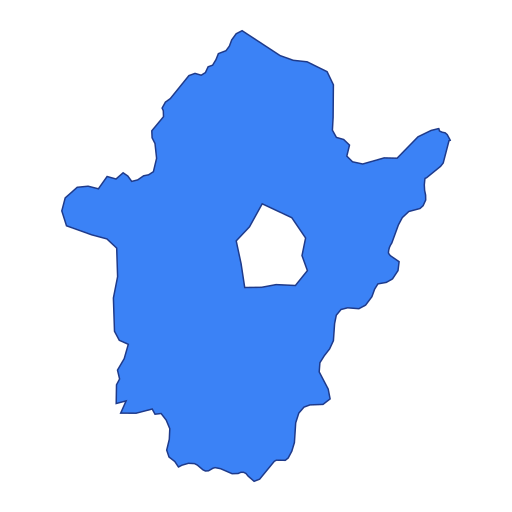 map outline of Békés (Mercator projection)
{"feature_id": "HUN-3171", "entity_name": "Békés", "entity_type": "County", "adm_level": 1, "iso_a3": "HUN", "parent_name": "Hungary", "parent_adm1": "", "projection": "mercator", "projection_center": [21.079, 46.734], "detail": "fine", "context": "isolated", "style": "filled", "palette": "blue", "viewbox_px": 512, "rotation_deg": 0, "n_neighbors": 0, "source": "natural_earth", "source_scale": "10m", "svg_char_len": 2219}
<svg xmlns="http://www.w3.org/2000/svg" viewBox="0 0 512 512"><path d="M374.0,290.9L371.9,296.7L365.6,305.1L358.9,308.7L347.6,307.8L341.0,309.5L336.3,315.2L334.6,323.6L333.4,340.7L329.6,348.9L324.3,355.7L319.9,362.7L319.2,371.9L328.2,389.1L330.1,398.9L323.0,404.4L310.0,404.9L304.0,407.1L298.8,413.1L295.7,422.8L294.4,442.6L291.8,451.2L288.2,458.0L285.3,460.3L276.3,460.2L274.3,461.3L259.6,479.2L254.1,481.3L248.1,476.1L246.0,473.5L243.6,472.3L240.9,472.3L238.1,473.5L232.1,473.7L220.6,468.7L215.1,467.6L213.0,468.2L208.5,470.8L205.4,471.0L202.9,469.8L197.4,465.1L194.5,463.6L188.4,463.3L181.9,465.2L178.5,467.0L178.4,466.9L174.8,461.5L169.0,457.0L166.7,450.1L169.3,439.3L169.8,428.7L166.2,420.1L161.1,413.5L155.0,414.2L152.2,409.0L136.1,413.2L120.7,413.1L126.1,400.9L116.2,403.5L116.5,384.8L119.6,379.0L117.5,370.1L124.2,358.7L128.3,344.3L119.3,340.3L114.5,331.3L113.4,298.0L117.6,276.7L116.7,248.1L106.9,238.9L91.6,234.8L66.5,225.8L61.8,210.9L65.2,197.9L77.2,187.3L88.1,186.2L98.4,188.8L107.1,176.5L116.0,179.0L123.1,172.8L127.8,176.0L131.7,181.4L137.7,179.9L143.6,175.8L148.6,174.8L153.4,171.7L156.6,158.3L155.0,143.5L152.1,137.8L151.8,130.8L163.5,116.7L163.3,110.7L162.1,108.1L165.4,102.1L170.3,98.6L188.9,75.6L195.0,73.4L201.2,75.2L205.4,72.6L208.1,66.8L212.6,65.2L216.0,59.6L218.4,53.6L226.0,50.7L229.4,46.1L231.7,39.9L236.2,33.7L242.1,30.7L280.1,55.6L293.2,60.3L307.1,61.8L327.1,71.7L333.4,84.8L333.1,117.4L332.4,130.2L336.4,137.4L343.7,139.5L349.5,145.1L346.8,156.1L352.5,161.8L362.7,164.0L384.1,157.9L397.1,158.2L418.0,136.8L431.2,130.4L438.6,128.6L438.8,128.6L439.5,131.0L442.1,132.2L445.1,132.8L447.2,134.6L450.0,139.8L450.2,140.3L449.0,140.7L443.2,163.0L440.6,166.3L426.5,177.8L425.1,178.3L424.8,179.6L424.3,184.9L424.6,190.3L425.6,195.1L425.7,200.0L423.1,205.7L420.0,208.5L408.8,211.5L402.3,217.6L398.4,224.9L391.8,243.0L390.5,245.1L389.4,247.5L388.7,250.2L388.4,252.9L389.1,254.1L389.9,255.2L390.8,256.0L399.1,261.7L398.0,270.6L392.5,278.9L386.3,282.4L377.9,283.9L374.6,289.2L374.0,290.9ZM295.4,285.5L307.4,270.6L302.0,255.6L305.6,238.0L291.8,217.7L262.2,203.8L249.5,226.8L236.2,240.9L241.1,263.8L244.7,287.5L261.6,287.3L276.1,284.6L295.4,285.5Z" fill="#3b82f6" stroke="#1e3a8a" stroke-width="1.5"/></svg>